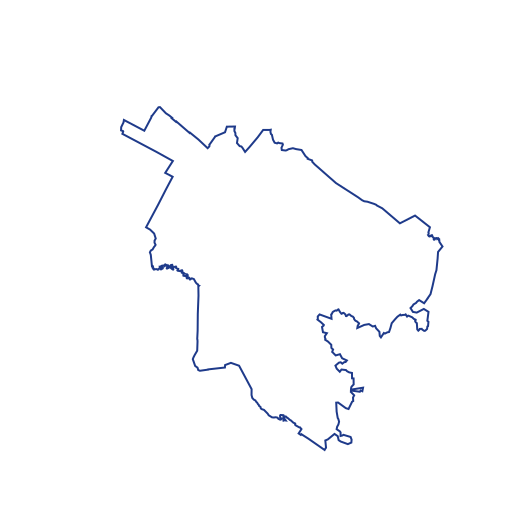 Bikstu pag., Dobele, Latvia (Albers equal-area conic projection), rotated 36°
{"feature_id": "27541924B53901275310050", "entity_name": "Bikstu pag.", "entity_type": "district", "adm_level": 2, "iso_a3": "LVA", "parent_name": "Latvia", "parent_adm1": "Dobele", "projection": "albers", "projection_center": [22.941, 56.67], "detail": "fine", "context": "isolated", "style": "outline", "palette": "blue", "viewbox_px": 512, "rotation_deg": 36, "n_neighbors": 0, "source": "geoboundaries", "source_scale": "gbopen_adm2", "svg_char_len": 6139}
<svg xmlns="http://www.w3.org/2000/svg" viewBox="0 0 512 512"><g transform="rotate(36 256 256)"><path d="M130.0,195.5L112.5,194.0L112.5,194.5L106.8,194.1L106.9,193.5L103.3,193.3L99.2,193.5L90.8,192.0L89.7,193.0L89.5,204.1L89.3,204.2L89.9,205.7L92.0,220.3L69.2,223.6L70.3,225.8L71.2,231.0L73.0,233.7L75.1,233.1L75.4,233.3L76.1,235.7L114.2,230.3L132.9,228.0L133.7,242.1L142.0,240.9L144.0,255.0L146.7,272.2L150.2,297.4L154.8,296.9L160.4,297.7L164.6,300.8L164.9,303.2L166.1,304.9L168.2,306.0L168.3,306.8L168.2,308.9L168.5,311.5L167.7,313.4L168.0,315.4L170.2,316.9L177.7,325.3L177.9,324.8L178.4,324.8L179.1,325.3L179.6,326.4L180.7,326.2L181.1,326.5L181.1,327.0L181.5,327.0L182.0,326.1L183.4,325.0L184.7,324.8L184.7,324.0L185.2,322.8L185.9,322.4L186.6,322.9L187.2,322.5L187.3,321.7L186.3,321.4L187.5,321.4L187.8,321.2L187.7,320.3L186.6,319.5L185.4,320.8L185.2,321.6L184.7,321.7L184.4,321.3L184.8,321.1L185.4,319.4L186.7,318.0L187.3,317.7L188.1,317.9L188.2,317.0L187.5,316.6L187.4,316.3L187.5,316.1L189.4,315.9L189.9,316.4L190.3,315.7L190.3,315.3L190.7,315.4L191.0,316.9L191.1,317.6L190.9,318.1L191.1,318.5L191.4,318.5L192.5,316.7L192.5,315.7L193.4,315.0L193.2,314.6L192.4,314.1L192.4,313.7L192.5,313.3L193.4,312.4L194.1,312.8L194.6,313.8L194.6,314.5L194.3,315.3L194.5,315.8L196.5,315.9L197.0,315.6L196.9,315.2L196.1,314.5L195.8,313.5L197.4,311.6L197.9,311.8L198.3,312.6L199.5,312.6L200.7,312.1L201.2,312.8L201.1,313.9L201.4,313.9L203.6,312.8L203.8,312.5L203.9,311.6L204.6,311.0L205.3,311.4L205.3,312.6L205.7,313.1L206.2,313.1L207.2,312.2L208.4,312.2L208.1,313.3L208.2,313.9L208.9,314.6L210.9,313.6L211.0,312.9L210.4,311.7L211.1,311.3L211.9,311.5L212.6,312.4L212.7,312.8L212.4,313.4L212.5,314.2L213.1,314.7L213.6,314.5L214.2,313.2L214.5,312.9L215.1,312.9L215.8,313.8L216.2,313.9L216.6,313.6L217.2,311.8L219.3,311.2L223.0,312.9L224.7,313.2L225.9,313.1L226.7,313.9L227.4,313.6L227.3,314.6L232.8,321.9L242.9,337.0L252.8,350.9L257.3,357.8L257.8,358.1L259.0,359.6L264.1,367.2L264.6,372.2L265.0,374.7L265.5,376.6L271.4,380.7L274.3,380.7L276.3,382.2L278.1,381.8L284.1,376.0L284.0,375.8L296.4,364.5L295.1,362.4L298.5,357.2L306.8,354.7L330.7,366.3L334.1,371.1L336.4,373.0L338.7,373.5L340.4,373.2L341.7,373.8L343.2,374.0L344.7,374.7L345.7,374.8L346.4,375.4L348.4,375.5L349.5,376.5L350.7,376.5L352.9,375.8L358.2,376.7L359.9,377.4L363.8,377.1L365.5,376.1L366.4,375.1L367.9,374.3L368.7,374.2L369.8,374.6L371.8,374.2L372.3,373.5L372.0,372.8L371.1,372.4L370.3,372.3L369.2,370.8L369.3,370.2L371.7,368.7L372.0,368.7L373.5,371.6L375.0,373.0L375.4,372.3L376.7,371.6L374.6,370.9L374.0,370.4L373.7,369.6L373.9,368.7L374.4,368.3L376.4,368.6L376.6,368.4L380.0,368.7L380.7,368.5L384.2,368.9L385.9,368.5L386.2,368.5L386.8,369.5L387.5,369.7L391.8,369.2L392.3,368.8L394.5,369.3L394.8,374.5L397.4,374.4L397.4,373.5L405.8,373.0L425.5,372.6L425.4,372.0L425.3,369.9L420.5,364.5L421.9,362.2L424.1,353.8L428.0,353.7L431.1,356.4L433.6,356.3L440.9,354.2L442.8,350.9L441.3,348.4L438.9,346.8L431.8,349.3L431.5,350.3L430.2,351.9L428.1,349.0L427.0,348.6L423.0,348.7L422.0,346.4L421.7,343.9L420.6,341.2L418.3,339.4L417.3,339.0L412.7,334.5L407.1,327.5L408.5,326.3L418.1,326.3L420.8,325.4L419.4,317.4L419.9,316.2L417.7,313.5L417.3,311.0L412.6,310.2L412.1,308.9L419.8,304.8L419.7,303.3L421.5,302.9L420.0,299.6L411.4,308.3L410.5,306.8L410.1,305.6L410.5,302.5L406.9,297.7L405.6,298.5L402.4,294.2L399.7,295.4L397.3,295.7L395.8,295.4L391.9,297.6L391.8,300.4L387.5,299.7L384.7,298.0L385.8,293.5L387.0,292.2L389.1,292.4L389.8,290.0L390.8,289.1L390.9,287.1L385.8,288.1L381.6,286.1L378.9,289.6L374.0,288.8L373.3,286.3L371.4,286.2L370.7,285.7L369.1,283.6L364.5,282.9L361.2,283.1L360.8,282.1L359.8,281.6L358.8,280.4L358.7,276.8L355.0,278.3L351.1,274.6L351.6,272.5L351.4,271.9L347.3,271.4L343.1,271.3L343.1,270.7L341.5,268.6L341.8,265.9L354.0,262.4L351.2,259.1L351.4,258.6L351.2,257.3L351.0,256.5L351.2,255.6L352.2,253.5L352.6,253.1L353.4,252.8L353.8,251.1L354.1,250.7L356.8,251.9L359.1,252.5L359.5,251.9L359.7,251.1L360.3,250.5L362.6,250.7L364.1,251.7L364.6,251.4L365.2,248.9L366.0,248.3L368.3,248.5L370.1,248.1L371.6,248.5L372.4,249.3L373.8,249.8L374.6,249.9L376.1,249.6L379.0,249.9L379.1,250.2L379.3,252.7L380.3,254.7L384.1,248.1L387.4,244.7L391.9,244.4L393.4,242.5L395.7,243.9L400.4,244.8L403.1,247.9L404.9,248.4L404.7,243.1L405.9,243.0L407.1,240.6L408.3,239.3L407.1,235.3L405.3,230.6L405.7,225.3L406.1,222.0L407.2,218.6L408.3,218.8L409.5,217.3L411.1,216.1L411.4,215.3L413.8,216.2L414.1,214.9L414.3,214.7L418.3,213.8L420.8,214.1L422.6,213.7L422.8,213.8L422.8,214.8L423.0,215.1L424.1,215.7L425.6,215.8L429.6,220.6L431.2,221.0L431.5,219.6L431.3,218.8L432.9,217.5L433.5,217.8L436.1,217.7L436.8,217.0L437.3,214.5L436.1,212.3L436.4,211.6L434.2,207.9L432.7,207.7L428.4,199.8L422.9,200.2L419.3,207.3L415.8,209.0L411.6,207.3L412.0,204.7L411.9,202.6L413.1,199.8L413.1,198.4L413.9,195.8L419.8,195.4L419.8,189.4L419.7,189.4L419.6,184.3L416.6,176.8L411.6,165.3L410.3,161.4L404.6,151.6L400.9,145.7L401.3,138.7L396.1,136.8L395.1,135.6L394.6,135.7L394.2,135.4L394.2,134.7L392.9,134.5L392.5,135.8L391.6,135.3L390.9,136.0L390.3,136.5L390.9,137.4L390.8,137.9L390.4,138.2L389.9,138.0L389.1,136.8L387.6,136.7L386.3,135.7L386.0,135.9L386.3,136.5L386.1,136.8L385.8,137.2L385.2,137.1L384.7,137.8L384.8,138.2L384.2,138.4L382.9,137.9L383.0,137.6L382.3,136.0L381.6,135.6L379.8,130.5L360.9,129.8L353.2,145.0L330.1,143.2L324.0,144.1L323.3,143.9L321.0,144.4L314.2,146.6L311.4,148.1L309.1,148.5L304.3,148.5L277.9,150.0L249.7,147.4L246.1,146.7L245.6,146.0L245.2,145.7L240.7,147.0L240.4,146.4L237.3,146.1L230.5,143.5L225.5,146.0L222.5,147.1L219.6,150.4L218.6,152.5L217.9,153.3L214.6,155.1L213.0,153.5L212.3,150.1L211.3,149.4L208.4,151.0L207.3,151.2L206.9,152.5L204.5,153.4L201.4,151.9L197.6,148.6L196.4,148.5L194.7,147.1L193.7,145.2L192.8,146.1L187.7,149.8L187.6,159.0L186.7,171.7L186.0,178.2L181.4,176.4L179.8,176.0L178.2,176.7L174.2,175.8L171.9,171.4L168.4,170.4L167.0,168.6L165.1,167.6L163.7,165.7L163.9,165.5L162.9,163.6L156.4,168.5L158.2,174.1L152.7,183.3L152.8,183.4L152.9,192.9L152.8,193.3L153.7,194.3L153.8,195.0L153.5,197.2L140.9,195.6L130.0,195.0L130.0,195.5Z" fill="none" stroke="#1e3a8a" stroke-width="2"/></g></svg>